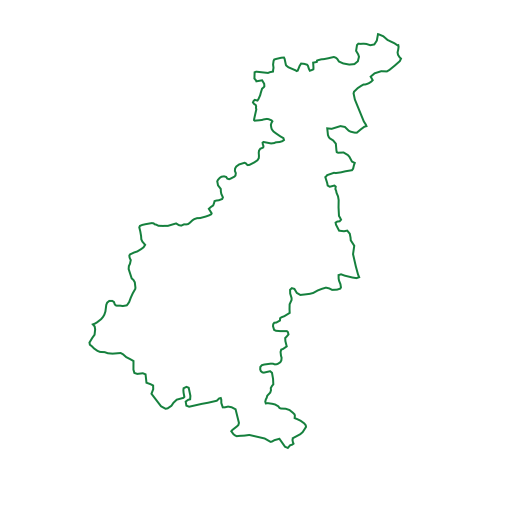 the district of Idleb, Idlib, Syria, rotated 259°
{"feature_id": "27442178B9567094438554", "entity_name": "Idleb", "entity_type": "district", "adm_level": 2, "iso_a3": "SYR", "parent_name": "Syria", "parent_adm1": "Idlib", "projection": "albers", "projection_center": [36.811, 35.88], "detail": "fine", "context": "isolated", "style": "outline", "palette": "green", "viewbox_px": 512, "rotation_deg": 259, "n_neighbors": 0, "source": "geoboundaries", "source_scale": "gbopen_adm2", "svg_char_len": 6107}
<svg xmlns="http://www.w3.org/2000/svg" viewBox="0 0 512 512"><g transform="rotate(259 256 256)"><path d="M220.0,82.8L217.6,84.2L214.6,84.1L209.5,82.5L207.1,79.9L202.8,76.0L200.6,76.0L198.8,77.6L196.1,79.4L193.1,82.3L191.6,84.6L190.5,89.1L188.8,92.0L187.5,96.6L186.6,104.6L184.9,106.7L181.5,109.3L178.6,113.0L176.3,115.7L167.8,114.0L164.4,114.3L162.9,117.0L162.5,122.5L160.9,125.0L152.5,124.3L150.3,128.0L148.5,130.3L144.9,129.7L140.7,127.1L126.6,134.1L123.3,138.1L123.3,140.2L125.1,144.4L127.7,147.0L130.1,150.8L130.6,157.7L131.4,158.8L135.5,158.8L138.1,159.1L140.0,159.7L140.8,162.8L139.5,164.8L131.2,164.9L127.9,164.0L127.8,162.0L126.5,159.2L122.4,159.1L120.8,161.6L121.2,174.6L121.1,180.9L121.4,189.9L123.2,192.6L123.3,194.3L121.5,194.5L118.3,193.9L113.8,194.5L113.4,196.5L113.5,199.9L112.2,203.2L109.4,206.7L95.4,207.4L93.4,206.4L92.4,204.8L89.8,199.7L88.7,198.3L85.3,199.9L83.7,201.4L82.8,202.7L82.6,205.4L81.9,210.3L81.6,215.3L75.2,229.7L70.8,234.8L70.8,236.2L71.7,239.0L72.1,244.1L63.2,248.1L61.5,250.6L63.7,253.4L63.9,255.5L64.6,257.0L66.3,256.7L68.5,256.7L69.4,257.2L70.1,257.3L72.6,265.4L74.2,268.2L78.7,272.5L80.4,272.5L82.5,271.4L85.8,268.3L88.1,265.2L89.5,263.0L91.9,263.7L93.2,263.6L95.1,262.3L98.4,259.5L100.4,256.0L101.5,251.4L102.3,250.1L104.2,249.2L106.6,246.4L107.8,243.8L109.3,239.5L109.4,237.5L111.2,237.3L113.4,238.3L114.7,239.4L116.7,240.4L119.2,243.9L121.4,245.1L123.5,245.3L125.3,246.8L126.7,248.5L132.1,249.3L138.3,249.4L140.2,247.9L140.0,241.4L140.5,240.1L142.0,238.8L143.9,238.5L146.3,239.1L147.7,240.9L147.9,243.3L147.5,250.1L147.0,252.2L146.0,253.8L145.8,255.7L146.1,257.2L147.1,259.6L148.6,260.9L151.2,261.7L153.4,261.5L157.1,261.8L159.3,262.9L159.6,264.8L161.4,268.9L166.8,268.6L169.9,269.0L171.2,270.9L172.8,272.9L175.2,272.8L176.4,271.9L177.7,265.2L178.8,261.3L180.0,259.7L183.9,259.3L185.8,259.9L187.0,261.2L186.8,263.3L188.1,267.2L190.3,267.8L191.0,269.3L191.5,272.3L193.7,278.2L197.6,278.8L202.2,279.8L206.0,282.5L207.9,282.9L212.6,282.4L216.3,283.0L217.6,285.0L216.4,287.4L212.0,289.0L209.3,292.1L208.9,297.1L208.6,301.6L208.8,305.1L210.4,310.0L211.2,314.5L211.6,318.6L210.2,321.7L208.2,324.3L207.5,329.1L207.9,332.5L209.0,333.4L212.2,333.5L215.9,332.8L218.0,332.8L221.5,333.4L221.8,336.0L219.8,339.3L216.5,346.5L215.1,350.4L215.5,353.2L218.6,352.6L226.9,352.0L239.3,351.6L247.3,354.4L253.3,352.0L255.9,352.3L260.0,352.3L263.5,350.4L263.5,347.1L265.0,342.4L271.5,340.5L273.6,340.5L274.3,342.4L274.1,344.7L275.4,346.4L277.6,345.8L279.5,345.1L288.0,346.3L295.1,347.8L298.9,347.9L302.7,347.1L304.6,347.1L306.6,346.7L308.9,347.5L310.2,346.4L309.9,341.6L311.5,339.8L314.1,339.8L320.2,339.1L320.7,340.0L321.8,341.3L322.8,348.4L322.2,350.1L321.9,355.3L322.1,359.8L321.9,366.6L323.2,368.0L326.7,369.6L328.5,370.7L330.4,368.2L335.6,366.6L337.6,365.4L340.9,361.7L341.7,356.3L342.5,355.1L344.4,355.1L351.0,355.8L354.7,353.8L357.5,350.8L359.0,350.1L361.0,349.7L367.7,350.3L366.4,354.5L367.4,363.7L365.7,367.9L361.3,370.9L360.0,372.6L358.3,376.3L357.8,378.5L360.5,383.4L362.2,387.0L362.4,389.2L364.0,388.9L367.5,387.5L390.8,382.9L397.0,382.8L398.6,383.6L401.4,387.9L403.0,391.8L403.8,394.2L403.5,396.1L403.8,398.4L404.2,400.1L405.2,402.5L406.3,404.1L410.2,402.8L412.7,407.3L413.5,414.2L412.2,419.7L413.2,422.5L416.4,428.5L419.8,434.3L422.1,436.0L423.6,434.9L426.4,433.8L428.8,433.8L431.8,435.1L434.2,435.9L435.8,435.9L435.7,435.2L438.4,432.5L442.9,426.4L447.4,422.9L450.1,418.9L450.5,418.1L444.4,415.7L441.1,412.5L441.1,408.4L443.1,404.8L443.9,402.0L444.3,398.9L444.9,397.0L443.8,395.4L438.3,393.4L434.4,394.8L431.9,395.1L427.7,393.1L425.6,389.2L426.1,384.1L428.4,378.3L431.1,374.5L433.9,373.4L435.4,372.2L436.5,370.4L436.4,366.8L436.3,364.8L436.3,360.3L436.6,357.6L436.4,354.5L436.2,353.2L434.9,352.7L434.9,349.0L429.6,348.3L428.3,347.9L427.9,346.3L427.6,344.2L429.8,343.6L432.7,343.3L434.0,342.7L435.4,340.0L436.3,337.0L434.3,335.1L430.0,332.3L429.8,331.1L430.6,330.4L435.1,323.8L437.1,322.1L437.8,321.8L444.0,321.7L445.5,321.3L445.8,318.6L445.6,313.5L445.4,311.4L444.2,310.5L440.7,309.3L437.4,309.1L435.3,308.3L433.8,307.9L433.8,304.8L433.4,302.7L436.9,291.4L436.6,289.7L430.5,288.3L428.4,289.5L427.4,289.7L427.3,295.5L423.5,296.9L421.0,296.6L420.3,296.0L419.1,293.9L415.4,291.9L412.9,290.7L409.5,288.3L408.3,287.1L409.5,284.5L408.6,283.2L407.3,282.3L405.7,283.1L404.3,284.5L403.0,284.7L401.3,284.2L399.9,284.3L391.0,280.4L389.8,280.0L389.1,280.5L388.6,285.2L388.4,288.0L388.6,289.4L388.5,292.8L387.9,294.5L386.2,297.1L385.1,297.8L383.6,296.5L381.8,295.6L378.9,295.5L377.3,295.7L374.9,296.9L372.9,298.7L368.8,302.7L366.5,305.4L364.5,305.6L363.7,303.8L363.4,301.0L363.8,297.1L363.4,295.4L363.6,292.3L366.5,285.1L366.0,284.1L364.3,284.0L362.4,284.3L361.2,283.8L360.8,282.4L360.5,280.7L358.9,279.1L356.9,278.4L353.7,278.0L351.5,277.4L349.7,275.7L348.2,272.2L346.7,267.0L346.8,265.2L347.5,264.5L348.8,263.8L349.7,262.6L349.1,256.9L347.6,253.7L345.9,252.2L343.5,251.5L341.2,252.0L338.9,251.2L338.0,249.9L336.8,245.8L336.5,244.3L337.4,242.6L339.3,241.8L340.3,239.8L340.4,237.2L339.6,235.3L338.0,233.2L336.7,232.2L332.6,232.2L328.6,234.2L325.8,233.8L323.6,233.8L319.9,234.7L318.4,233.7L317.8,230.1L318.0,227.7L317.8,225.8L315.9,224.9L313.8,223.6L312.7,221.0L311.3,218.7L306.4,220.6L305.5,220.0L304.8,217.5L304.3,214.0L303.9,208.3L304.4,205.5L304.0,202.5L303.2,200.5L301.2,197.3L300.3,195.5L300.3,193.6L300.8,191.4L300.1,188.4L301.0,186.2L303.2,183.8L302.9,180.3L302.4,175.3L303.4,169.8L304.3,166.0L305.9,163.9L306.4,162.6L307.6,161.7L308.2,159.9L308.3,153.6L308.2,150.3L307.7,147.8L306.4,146.9L302.2,147.1L297.5,147.0L294.2,146.6L291.8,147.2L288.1,149.3L286.0,147.3L284.7,144.6L283.1,140.3L282.7,137.0L281.9,133.9L281.7,132.8L280.7,131.8L279.1,131.6L277.5,131.8L275.9,132.3L272.4,130.8L270.4,129.3L267.5,128.5L257.7,129.7L255.9,131.1L253.3,132.0L247.9,131.6L246.7,131.2L242.9,127.9L239.1,125.2L235.0,122.7L233.0,120.7L232.2,119.7L232.3,115.6L233.1,113.4L233.8,109.8L234.4,108.8L235.6,108.1L237.9,107.8L239.3,106.4L239.9,103.4L238.6,101.0L236.6,99.7L230.3,97.6L227.3,95.9L225.4,94.2L223.6,92.0L221.2,87.3L220.4,85.1L220.0,82.8Z" fill="none" stroke="#15803d" stroke-width="2"/></g></svg>